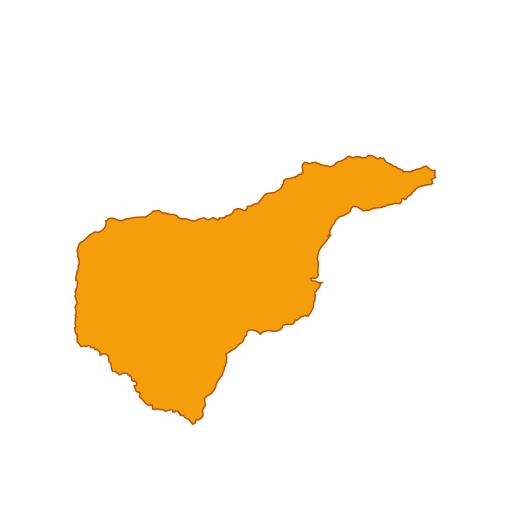 Tuquerres, Nariño, Colombia, rotated 58°
{"feature_id": "7082276B96517824635471", "entity_name": "Tuquerres", "entity_type": "district", "adm_level": 2, "iso_a3": "COL", "parent_name": "Colombia", "parent_adm1": "Nariño", "projection": "mercator", "projection_center": [-77.634, 1.163], "detail": "fine", "context": "isolated", "style": "filled", "palette": "amber", "viewbox_px": 512, "rotation_deg": 58, "n_neighbors": 0, "source": "geoboundaries", "source_scale": "gbopen_adm2", "svg_char_len": 6123}
<svg xmlns="http://www.w3.org/2000/svg" viewBox="0 0 512 512"><g transform="rotate(58 256 256)"><path d="M334.7,243.7L331.8,237.6L330.0,234.6L326.1,231.7L324.0,228.8L322.7,228.2L321.0,226.3L320.5,226.2L319.7,226.6L318.4,225.8L318.1,225.2L317.8,223.2L316.8,222.3L316.6,220.5L315.2,217.6L313.9,216.2L313.4,214.1L313.0,214.8L312.9,215.8L312.0,217.1L308.8,218.7L306.7,221.9L303.9,221.7L304.0,220.8L305.7,218.4L306.5,216.5L306.5,215.3L305.6,213.8L304.5,213.0L301.9,212.0L301.1,211.0L299.4,210.3L297.9,208.8L294.8,206.8L291.7,205.6L290.6,205.6L285.6,200.6L283.1,196.5L280.8,188.9L278.6,184.1L278.0,181.7L277.5,182.2L277.1,184.0L276.3,181.5L275.6,181.0L274.2,180.7L273.4,179.2L272.6,179.0L272.4,177.5L271.1,176.2L270.1,172.9L268.2,170.3L267.8,169.2L266.9,164.4L267.9,161.5L268.4,154.6L268.0,152.5L266.0,149.8L265.5,148.6L265.4,147.5L265.8,146.5L266.9,145.8L267.3,144.6L273.3,141.3L274.5,141.4L276.0,137.5L277.1,136.3L277.4,135.2L277.2,133.3L277.7,132.5L277.5,131.1L278.2,130.6L279.1,128.2L281.5,123.5L281.6,121.6L282.5,120.3L282.4,116.9L283.5,116.0L283.4,114.6L284.1,113.7L284.6,110.9L287.9,106.3L287.0,103.7L285.3,102.7L284.7,101.6L285.1,100.7L286.8,100.2L287.2,98.5L286.1,96.0L285.9,93.4L286.2,92.0L284.6,88.5L284.8,87.2L283.9,85.2L283.7,81.4L284.6,78.0L285.4,76.2L285.5,74.7L286.2,74.1L286.4,72.7L288.0,69.8L287.9,67.6L285.8,66.9L284.0,66.9L284.6,62.2L282.9,62.0L278.1,58.8L277.4,60.6L275.6,62.4L270.4,63.8L269.6,64.6L269.1,67.1L269.1,70.1L267.5,73.9L267.3,76.6L266.7,78.1L266.4,80.6L266.1,81.4L264.8,82.4L263.5,84.7L262.9,86.7L262.2,86.8L261.2,86.1L258.2,88.1L256.9,89.3L254.4,90.0L252.6,92.1L250.3,92.4L248.7,93.9L245.7,95.8L243.3,96.1L240.7,96.0L239.8,97.6L238.1,98.8L238.4,100.8L238.1,101.2L236.7,102.2L232.8,104.1L230.9,106.2L230.4,108.7L230.9,110.4L229.2,113.9L226.5,115.6L224.5,119.6L224.4,120.3L224.7,120.8L223.7,122.1L220.7,124.1L220.5,126.9L221.0,129.3L220.7,130.5L220.7,133.4L219.8,135.3L219.4,138.3L220.5,142.3L219.7,145.8L216.1,148.9L215.2,150.7L214.1,151.2L212.8,152.9L211.1,153.3L209.7,155.1L208.2,155.7L207.0,158.0L206.4,161.3L202.4,165.0L203.0,167.9L205.3,170.0L207.2,170.4L209.2,171.3L210.0,172.1L209.8,173.5L210.8,174.2L210.1,175.7L209.8,175.7L209.4,176.8L210.3,178.0L209.6,180.1L210.2,181.2L209.6,181.5L209.2,182.4L208.7,184.9L206.6,189.5L206.4,191.1L206.9,192.7L208.7,193.9L209.8,196.0L210.8,197.0L211.7,199.0L212.1,201.7L212.0,206.6L209.2,212.6L208.6,215.1L209.0,217.3L209.7,218.3L210.2,220.6L211.2,222.0L211.2,223.5L212.2,225.7L212.1,228.2L211.3,229.3L210.8,230.8L210.9,234.2L209.7,235.9L209.4,237.3L211.0,238.1L211.8,240.8L210.2,242.9L209.2,243.1L208.1,244.0L205.8,246.9L205.5,249.9L207.4,254.0L207.1,255.6L207.3,257.3L206.2,260.0L206.6,262.0L206.5,262.9L205.6,265.2L204.5,266.4L204.5,267.4L205.3,268.6L205.2,269.4L203.9,269.8L202.4,271.4L201.2,271.5L200.5,272.2L200.5,275.7L200.2,277.2L199.4,278.3L197.1,278.9L195.7,280.5L195.2,283.3L194.2,285.4L194.4,288.8L192.2,291.6L190.3,293.4L187.1,295.7L186.5,297.7L183.6,300.9L182.6,301.4L179.6,301.8L176.8,304.2L175.3,306.9L173.6,308.2L172.9,309.4L171.5,310.0L169.9,312.6L169.3,313.0L167.1,313.4L165.1,315.7L164.7,317.3L163.4,319.5L164.3,322.1L164.5,328.7L159.1,338.3L157.1,343.5L155.7,346.4L155.3,349.8L154.6,351.5L153.4,353.3L148.4,357.0L146.9,359.1L146.4,362.0L146.9,364.1L146.5,365.0L148.7,365.4L150.2,366.8L151.8,369.1L152.7,372.1L152.7,376.1L151.7,378.1L150.1,380.1L150.1,385.4L151.9,395.2L151.9,396.1L151.5,396.6L151.8,398.6L152.7,400.5L155.6,403.8L157.4,405.2L160.1,406.0L161.9,407.5L163.9,407.6L168.9,410.0L169.7,411.4L170.9,412.6L172.4,413.1L173.2,414.2L173.9,414.3L174.4,416.2L176.9,418.1L177.3,419.0L178.4,419.5L179.0,420.6L180.3,421.0L180.9,421.7L182.1,420.9L184.1,421.4L185.2,422.6L187.4,423.8L188.6,426.3L189.9,426.8L190.3,428.1L192.9,429.1L194.3,430.9L196.8,431.3L198.9,432.2L200.1,432.0L201.0,432.3L201.8,433.1L201.8,434.1L202.8,435.0L203.7,436.7L207.9,437.8L208.7,438.7L209.7,439.2L210.0,440.1L211.4,440.9L212.4,440.8L212.9,442.2L214.9,442.9L215.6,444.0L217.7,445.3L220.2,446.2L221.0,448.1L221.9,448.1L225.6,449.9L226.5,449.8L227.9,449.0L228.8,450.2L230.0,450.2L230.9,451.2L232.0,451.4L232.8,452.6L234.7,453.2L236.0,452.7L239.6,452.4L240.7,451.2L241.4,448.8L242.8,448.3L242.9,446.0L243.6,445.0L244.6,444.5L246.5,444.4L247.1,443.0L248.4,442.0L250.2,442.1L250.8,440.7L251.4,440.1L252.9,439.9L254.1,439.4L256.4,440.0L257.5,440.8L257.8,440.2L257.6,438.3L258.7,436.4L259.8,435.5L261.6,434.6L263.3,434.5L267.6,436.7L268.5,436.7L269.6,435.9L270.2,435.9L274.8,438.3L277.3,438.7L279.7,436.4L281.1,436.1L282.2,435.2L284.2,435.0L284.7,434.2L284.7,430.8L287.6,427.2L288.9,427.6L290.1,426.4L291.0,426.8L291.7,426.0L293.2,426.1L295.3,427.2L297.2,426.4L298.4,424.7L300.6,424.4L301.9,425.2L302.4,426.0L302.4,426.5L301.4,427.6L301.7,428.3L305.7,429.1L308.3,428.9L309.5,427.5L310.7,426.9L311.2,427.0L313.2,429.2L314.6,429.4L316.5,428.5L322.6,427.7L325.6,426.3L326.5,425.6L326.8,422.9L329.5,423.9L331.0,424.9L333.2,422.1L333.5,420.2L335.6,418.5L336.4,417.0L338.1,415.6L339.5,415.4L340.7,411.7L340.7,410.5L341.9,408.7L342.6,408.5L343.9,409.2L344.6,408.8L345.4,407.1L344.9,406.1L345.3,405.5L346.7,404.6L348.0,404.6L348.3,404.0L349.3,404.3L349.8,403.7L350.5,404.6L351.2,404.6L352.8,402.2L356.6,401.5L358.1,399.9L365.1,398.8L365.6,396.2L363.5,394.3L363.1,393.2L364.2,392.4L364.5,391.4L364.6,389.3L364.0,386.6L362.8,385.2L358.1,382.9L356.0,378.1L349.6,375.4L349.2,373.0L348.6,371.7L349.1,368.6L348.8,365.8L346.9,361.3L345.7,359.4L344.0,358.2L341.4,353.9L339.3,348.3L335.7,343.5L333.8,341.8L332.8,340.0L331.1,338.6L330.3,337.0L328.3,336.3L327.3,334.9L324.0,333.8L323.3,333.2L323.2,325.2L323.5,322.9L322.0,317.8L321.9,313.7L321.2,312.0L318.8,308.9L318.0,306.0L315.9,304.3L315.2,302.7L315.2,301.6L315.9,299.4L318.3,296.7L320.8,294.8L324.6,293.9L324.7,292.6L324.0,291.4L324.0,290.6L325.0,286.9L326.2,284.4L329.2,281.1L330.7,277.8L331.2,275.9L331.2,273.2L330.6,271.6L329.3,270.7L329.1,269.5L330.6,265.1L332.2,263.2L333.2,260.7L333.1,259.9L331.3,257.0L332.0,255.8L332.1,254.9L332.1,253.3L331.6,252.1L331.9,250.8L331.2,249.6L331.9,248.8L332.3,247.8L332.2,246.9L332.7,245.7L333.6,245.2L334.2,243.7L334.7,243.7Z" fill="#f59e0b" stroke="#b45309" stroke-width="1.5"/></g></svg>